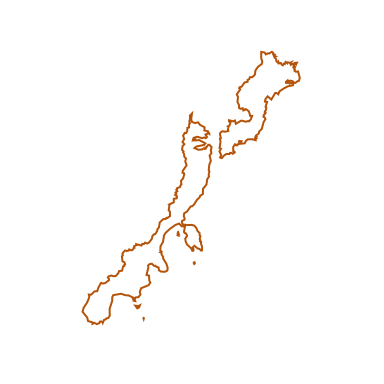 Donggala, Sulawesi Tengah, Indonesia, rotated 203°
{"feature_id": "22746128B11403753934380", "entity_name": "Donggala", "entity_type": "district", "adm_level": 2, "iso_a3": "IDN", "parent_name": "Indonesia", "parent_adm1": "Sulawesi Tengah", "projection": "mercator", "projection_center": [119.813, -0.351], "detail": "fine", "context": "isolated", "style": "outline", "palette": "amber", "viewbox_px": 384, "rotation_deg": 203, "n_neighbors": 0, "source": "geoboundaries", "source_scale": "gbopen_adm2", "svg_char_len": 6091}
<svg xmlns="http://www.w3.org/2000/svg" viewBox="0 0 384 384"><g transform="rotate(203 192 192)"><path d="M237.3,32.6L232.5,33.1L232.1,31.8L230.7,33.4L228.0,33.2L226.0,35.2L226.2,36.6L225.3,37.3L223.9,37.4L223.0,36.6L223.0,39.9L221.6,41.1L221.5,42.1L219.8,43.4L219.4,46.1L222.2,52.3L222.9,60.6L224.3,63.9L224.2,66.3L217.5,70.6L212.7,71.0L210.2,72.0L206.4,71.9L205.2,71.2L204.6,71.9L203.6,71.7L203.8,71.0L202.9,71.3L202.6,73.0L200.2,74.3L199.4,77.5L201.1,80.0L201.2,83.6L195.6,89.2L194.9,92.2L196.6,93.7L198.9,98.2L201.5,97.9L202.6,105.2L203.7,107.1L203.0,108.9L201.0,110.3L198.1,109.2L196.9,109.8L195.4,109.2L193.3,109.5L191.9,107.1L189.5,106.6L185.7,108.0L184.0,110.0L184.7,112.6L187.6,116.0L192.6,119.5L193.2,121.0L195.5,122.5L196.4,124.2L197.5,124.2L196.8,125.2L198.2,125.6L199.8,129.7L199.2,134.7L200.8,141.1L200.3,144.1L198.0,149.3L194.4,155.2L191.5,157.9L188.0,156.4L185.0,157.5L183.8,152.1L182.7,151.4L181.3,151.5L179.4,149.8L180.0,146.4L178.5,144.0L176.2,141.8L170.7,139.8L168.7,138.0L167.9,138.4L168.2,139.9L169.9,140.8L168.8,143.4L164.5,142.2L163.0,142.6L160.7,141.6L160.0,142.1L161.4,145.6L163.5,147.9L164.2,149.8L165.4,149.8L165.5,150.9L166.6,151.7L167.0,154.7L167.9,154.9L169.0,157.2L171.5,158.2L174.3,160.8L176.8,161.9L179.2,161.7L183.2,159.8L187.4,158.6L188.5,159.0L189.7,160.6L189.8,161.6L188.1,163.5L188.5,164.9L190.2,166.6L190.9,169.4L189.0,171.9L187.6,178.1L186.3,179.0L185.2,181.3L184.5,186.3L182.9,190.2L183.0,191.7L181.2,194.4L183.1,199.2L181.6,204.6L183.0,209.7L182.4,212.9L183.5,214.6L184.0,217.8L184.9,218.2L186.0,221.2L186.8,224.5L186.8,228.0L190.0,232.4L189.3,235.3L190.9,237.7L191.6,241.1L194.6,242.3L195.6,241.5L196.2,238.7L197.0,238.3L196.3,237.3L197.0,236.7L198.4,236.6L199.2,235.2L202.6,233.4L206.9,233.4L205.7,235.6L199.2,240.1L198.7,242.0L205.6,242.6L210.8,240.0L210.3,241.4L211.6,240.9L211.6,242.5L208.8,244.9L203.8,245.5L201.9,247.0L199.6,246.8L200.3,246.9L199.7,248.5L202.1,250.2L199.5,252.6L198.9,252.4L199.1,252.8L200.7,253.2L200.9,254.1L204.7,253.5L205.7,256.5L210.8,256.9L213.6,258.5L216.3,256.6L219.5,256.5L221.3,259.0L222.7,264.3L223.8,261.6L222.3,258.4L222.1,255.9L220.8,254.5L221.2,253.6L220.0,250.2L221.3,249.2L220.2,246.2L220.4,244.0L221.8,243.5L222.2,240.4L219.9,237.7L220.3,234.3L217.7,233.0L218.6,230.4L217.6,226.9L215.6,226.0L215.6,224.9L214.3,224.0L212.8,221.4L210.6,220.5L210.2,217.6L207.4,214.4L208.8,207.9L208.2,206.0L206.8,206.2L206.1,205.5L205.5,201.0L206.5,198.1L204.7,194.8L205.2,193.7L204.9,192.1L207.2,189.6L206.8,188.8L207.3,187.9L205.8,186.9L207.0,185.1L205.7,184.2L206.4,182.7L204.2,182.2L203.6,180.2L206.1,178.6L204.7,175.4L208.3,171.4L207.6,171.0L206.3,166.0L204.8,165.5L202.8,161.2L205.0,157.8L205.5,158.0L206.1,156.8L208.0,155.6L209.8,151.4L208.6,146.5L209.3,143.9L208.8,142.6L209.4,138.9L210.3,138.4L211.2,136.3L210.7,133.0L211.8,128.7L213.2,127.0L215.4,127.1L216.0,125.3L217.5,124.8L217.6,123.0L222.9,122.2L222.3,121.4L224.1,119.5L223.2,118.1L223.9,117.7L223.9,115.8L225.0,114.6L227.4,114.6L227.5,113.2L229.1,112.2L230.6,112.1L231.3,110.8L232.0,108.2L230.9,106.6L231.4,105.4L228.9,101.0L226.9,101.0L225.3,99.3L225.9,98.3L225.4,97.4L226.4,96.5L225.6,92.3L228.3,90.6L228.1,88.3L229.4,84.8L231.3,83.8L233.9,83.5L235.8,81.6L236.1,80.5L234.5,79.5L233.9,78.5L236.3,74.3L238.3,72.9L240.2,72.8L240.8,67.8L240.5,63.7L243.0,62.3L244.7,58.1L246.9,57.3L245.7,55.7L245.4,53.7L245.4,49.2L246.5,43.0L246.0,39.0L239.4,35.5L237.3,32.6ZM189.1,257.7L188.8,256.0L186.5,252.9L187.1,252.1L185.4,249.4L183.8,243.2L182.2,243.1L182.6,240.1L179.6,237.5L179.6,234.8L178.4,234.6L177.7,234.9L177.0,237.6L175.2,240.5L172.3,241.6L172.3,242.9L170.7,243.5L169.4,243.1L168.1,245.2L168.7,245.8L170.1,245.8L171.7,249.7L171.1,252.7L169.3,252.2L168.5,252.8L168.7,253.7L167.4,254.6L167.8,255.8L167.4,256.6L168.4,256.9L168.4,257.5L166.3,258.1L166.4,257.2L166.6,256.9L166.5,257.5L167.0,257.4L166.5,256.6L167.5,255.8L166.9,255.0L162.5,257.4L162.3,260.3L161.2,262.3L157.2,264.1L153.6,264.5L154.2,265.8L153.7,266.5L154.7,266.6L154.5,267.3L155.1,266.9L155.2,268.9L153.4,271.8L153.8,273.9L152.4,277.4L153.4,284.2L152.9,287.8L154.2,289.1L155.6,289.1L156.0,290.8L155.4,292.1L155.9,293.0L155.2,293.7L156.4,294.6L156.0,296.2L156.6,298.8L157.6,299.2L158.1,304.3L160.2,303.7L160.7,306.1L159.7,309.6L155.1,308.1L154.1,315.7L152.5,316.2L150.8,315.6L150.8,318.8L148.1,323.0L145.2,326.6L140.8,329.7L141.0,331.2L142.0,331.4L144.0,330.9L144.4,329.9L147.1,330.4L147.0,329.6L148.1,329.2L148.5,330.2L147.5,332.3L146.2,331.9L144.8,333.0L142.7,333.3L140.8,332.5L139.5,332.8L138.2,335.1L137.1,336.0L137.3,339.1L141.5,344.4L143.3,343.3L145.0,343.6L145.1,344.8L146.0,345.3L146.0,347.1L146.7,346.1L147.4,346.3L147.6,349.5L147.2,350.3L146.2,350.2L145.9,352.0L147.6,351.2L149.5,348.7L150.6,349.2L150.8,347.8L151.7,348.5L151.4,350.0L152.0,349.3L154.7,348.7L154.6,347.7L156.7,348.3L156.6,346.0L157.7,345.9L157.9,344.1L159.2,344.3L160.6,345.5L162.4,344.2L163.5,345.6L163.7,344.7L165.2,345.2L167.2,347.9L168.5,347.9L169.7,349.2L168.8,349.6L169.6,349.7L169.5,350.8L171.1,350.5L171.7,351.9L173.3,352.2L175.2,349.5L176.4,349.3L177.8,347.5L179.6,348.8L183.0,348.0L180.6,342.2L178.3,339.7L177.8,337.0L180.1,333.3L181.1,328.7L180.0,324.8L180.3,323.5L181.5,321.2L183.6,320.3L183.4,318.3L184.6,316.9L183.9,315.2L186.4,313.4L187.4,308.4L189.0,307.2L189.2,306.0L187.7,305.4L188.9,299.3L186.8,297.5L185.3,292.6L182.6,290.3L181.5,287.7L179.6,287.6L178.1,288.9L176.6,287.1L175.5,288.1L175.5,289.0L174.3,289.3L171.2,288.5L168.0,284.7L166.4,285.5L166.2,282.0L167.1,279.3L168.1,279.3L169.7,277.8L174.5,277.0L178.3,271.9L180.4,274.6L181.6,273.2L186.0,272.5L185.6,271.5L183.7,270.9L183.5,267.7L184.4,266.7L183.9,266.7L183.4,263.8L182.4,262.4L185.1,260.4L187.8,259.8L189.1,257.7ZM196.9,63.5L195.6,65.1L195.7,67.4L196.9,65.9L199.7,65.2L196.9,63.5ZM204.0,70.5L203.4,69.1L201.6,69.4L202.8,70.8L204.0,70.5ZM188.0,57.5L186.9,56.3L187.0,57.1L188.0,57.5ZM162.8,127.8L162.4,127.0L161.8,126.6L161.5,127.4L162.2,128.3L162.8,127.8ZM188.4,146.5L187.6,146.6L188.7,147.7L188.4,146.5ZM189.1,149.1L189.1,148.5L188.7,148.1L189.0,149.1L188.4,148.9L188.9,149.5L189.1,149.1Z" fill="none" stroke="#b45309" stroke-width="2"/></g></svg>